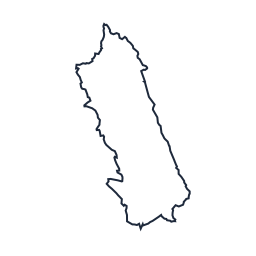 outline of Bayamón, Puerto Rico, rotated 155°
{"feature_id": "32010507B22305202508705", "entity_name": "Bayamón", "entity_type": "district", "adm_level": 2, "iso_a3": "PRI", "parent_name": "Puerto Rico", "parent_adm1": "", "projection": "equal_earth", "projection_center": [-66.167, 18.345], "detail": "fine", "context": "isolated", "style": "outline", "palette": "slate", "viewbox_px": 256, "rotation_deg": 155, "n_neighbors": 0, "source": "geoboundaries", "source_scale": "gbopen_adm2", "svg_char_len": 2669}
<svg xmlns="http://www.w3.org/2000/svg" viewBox="0 0 256 256"><g transform="rotate(155 128 128)"><path d="M93.0,163.0L92.0,174.0L89.1,174.2L88.0,173.4L85.5,173.9L85.1,174.8L85.6,176.5L87.2,178.1L88.0,178.7L88.4,185.4L89.5,187.5L89.0,189.4L87.4,190.7L87.0,192.8L88.6,196.3L89.5,197.9L88.9,200.4L89.9,204.2L91.4,207.0L91.5,210.4L91.8,210.7L92.3,211.9L95.8,211.0L97.5,213.2L96.6,217.0L98.2,218.8L101.5,219.1L103.4,221.0L103.6,223.2L102.9,224.3L103.2,228.2L103.8,230.6L105.1,230.9L105.7,232.3L107.0,231.1L107.5,230.0L107.6,228.4L108.9,226.9L110.1,222.8L111.4,220.8L113.8,218.6L115.5,217.8L116.6,216.2L117.1,214.3L118.0,213.3L117.9,211.2L119.1,211.1L119.5,210.0L121.9,208.7L123.4,207.5L126.3,209.4L127.3,207.4L129.7,205.8L131.3,205.7L131.9,203.6L136.2,203.1L138.3,204.4L139.1,204.1L141.5,205.7L145.0,205.6L147.9,207.1L149.9,203.9L148.2,203.5L147.7,202.6L151.1,200.4L150.9,197.6L150.1,194.5L150.6,191.4L150.6,188.8L152.3,188.3L153.1,185.2L153.2,184.3L152.9,182.9L151.2,181.7L150.3,180.8L150.7,175.7L151.4,173.0L150.2,171.9L150.5,168.6L153.8,168.2L158.0,167.0L158.3,166.0L156.4,165.2L152.1,161.0L151.0,159.0L150.2,157.6L150.0,152.8L150.9,150.1L150.1,147.1L152.0,144.0L152.5,143.0L154.6,141.8L157.0,140.3L157.2,139.3L155.0,138.5L154.9,137.3L156.2,132.4L153.5,131.7L153.4,130.1L154.8,128.0L155.2,124.4L154.8,121.8L151.9,115.1L149.7,112.6L149.7,111.7L149.8,108.3L150.7,105.9L152.1,107.5L152.8,107.0L153.3,104.2L153.5,100.5L153.2,94.8L153.9,93.1L156.0,93.9L156.3,92.1L153.7,88.6L153.7,86.1L154.2,84.8L155.7,82.2L156.2,82.2L159.4,84.9L162.7,87.3L165.3,89.2L167.5,90.0L168.2,87.8L170.9,86.4L169.9,83.1L168.3,79.7L166.1,73.9L165.3,70.9L164.7,69.3L164.2,67.8L163.6,66.2L165.8,62.4L164.7,59.3L163.5,59.9L162.2,57.9L163.1,56.1L165.0,54.1L165.7,49.6L168.3,43.8L164.8,38.8L162.8,37.8L160.9,36.3L158.4,36.5L159.0,31.4L155.3,34.6L155.5,33.3L150.9,32.9L150.0,32.8L147.8,33.4L145.0,33.4L137.4,34.6L135.7,35.0L134.7,35.2L134.8,33.8L133.3,30.4L131.7,29.4L131.6,27.9L128.8,26.0L128.4,24.8L125.9,24.3L124.8,23.7L124.8,24.1L123.8,25.0L124.9,27.2L124.6,30.1L123.3,32.5L121.9,34.4L121.9,35.2L122.0,35.8L117.5,37.9L115.1,35.4L110.5,35.2L108.5,37.4L108.5,37.6L105.5,38.8L105.2,39.1L102.8,38.6L102.0,40.1L100.6,42.0L99.9,42.3L98.9,44.5L100.2,47.9L100.4,50.8L99.4,51.6L100.1,54.8L99.5,56.3L100.3,61.2L101.5,65.0L99.9,68.6L101.2,71.5L99.9,72.4L100.0,74.2L99.8,78.3L99.7,79.0L99.3,89.5L98.0,94.0L98.3,94.5L98.2,95.2L97.8,98.9L99.0,102.0L99.4,103.3L99.5,107.1L99.7,109.5L97.8,115.4L97.6,116.1L97.6,116.3L98.3,117.4L98.7,120.1L96.9,125.3L97.7,134.1L96.5,135.9L95.6,136.6L94.0,138.0L95.6,145.8L95.9,147.3L95.1,152.1L93.3,162.4L93.7,163.1L93.0,163.0Z" fill="none" stroke="#1e293b" stroke-width="2"/></g></svg>